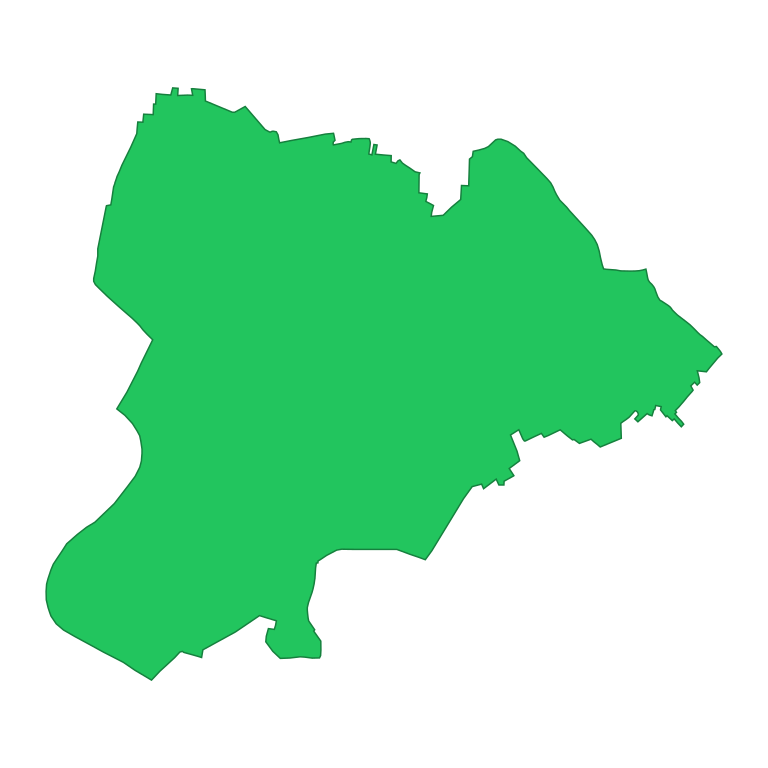 Van Giang, Hưng Yên, Vietnam
{"feature_id": "81297802B33082020704537", "entity_name": "Van Giang", "entity_type": "district", "adm_level": 2, "iso_a3": "VNM", "parent_name": "Vietnam", "parent_adm1": "Hưng Yên", "projection": "natural_earth1", "projection_center": [105.961, 20.93], "detail": "fine", "context": "isolated", "style": "filled", "palette": "green", "viewbox_px": 768, "rotation_deg": 0, "n_neighbors": 0, "source": "geoboundaries", "source_scale": "gbopen_adm2", "svg_char_len": 4794}
<svg xmlns="http://www.w3.org/2000/svg" viewBox="0 0 768 768"><path d="M116.9,408.7L116.8,408.9L124.9,415.3L130.7,421.6L132.5,423.6L137.1,430.9L139.7,435.7L140.8,441.0L142.0,449.0L142.0,453.6L141.8,455.9L141.4,461.0L139.8,467.2L135.2,476.3L127.4,486.7L114.3,503.6L94.9,522.2L86.5,527.3L77.4,534.4L68.4,542.3L66.7,543.8L62.3,550.7L57.6,557.7L53.3,564.2L50.9,570.0L48.0,578.8L46.6,584.1L46.1,591.4L46.3,599.9L48.1,607.6L49.7,612.5L51.0,616.1L56.2,623.8L62.1,628.8L63.5,630.0L74.8,636.5L87.9,643.6L103.6,652.2L113.6,657.3L122.7,662.0L123.3,662.3L135.0,670.3L151.5,680.1L159.9,671.2L174.6,657.7L179.9,652.0L182.5,651.4L183.8,652.4L192.5,654.8L198.8,656.6L201.6,657.5L202.9,649.8L235.5,631.9L259.5,615.6L265.5,617.5L276.4,620.8L275.5,625.6L274.3,629.4L268.4,628.6L266.3,636.2L265.8,641.8L272.8,651.3L280.3,658.4L289.9,658.0L300.1,656.8L304.7,657.1L312.2,658.1L319.5,657.9L320.6,655.6L320.9,650.1L320.8,641.1L313.7,631.1L314.7,629.8L308.7,621.0L308.1,618.0L307.6,613.6L307.3,610.1L307.3,607.6L308.5,602.5L312.0,592.5L313.0,588.9L314.1,583.9L314.7,579.6L314.9,578.7L315.6,567.8L316.3,563.1L317.9,562.9L318.1,560.9L320.2,559.7L326.6,555.4L336.7,550.1L341.7,549.2L354.9,549.4L396.8,549.4L410.0,554.3L418.8,557.3L425.3,559.7L431.8,550.8L447.4,525.2L463.5,498.7L472.2,486.6L481.6,484.1L483.6,488.7L496.2,479.1L498.9,485.0L503.9,485.0L504.1,481.2L513.8,475.8L513.9,475.7L509.2,468.5L519.7,460.7L517.0,451.1L510.5,435.0L518.8,429.7L522.8,438.9L524.4,441.0L525.3,441.0L531.5,438.0L535.5,436.1L541.4,433.4L544.1,437.2L548.1,435.6L560.2,429.8L564.6,433.6L567.7,436.2L572.5,439.9L574.1,439.5L579.4,443.4L591.0,439.2L593.9,441.8L596.7,444.0L600.2,447.0L621.3,438.3L620.8,423.3L622.6,421.9L626.0,419.6L628.9,417.4L629.5,416.8L634.9,410.8L635.8,410.8L637.3,411.8L638.2,413.5L638.2,415.2L634.8,418.9L635.9,419.9L636.8,420.8L637.9,421.8L641.5,418.6L647.1,413.6L648.6,414.6L650.3,415.3L652.0,415.8L653.2,412.0L653.8,409.7L654.8,409.5L655.3,407.3L655.7,405.5L661.2,406.6L660.5,409.9L665.9,416.8L667.0,415.7L672.3,420.6L674.2,418.9L677.7,423.0L681.3,426.8L681.4,426.7L683.7,424.2L681.5,421.3L678.3,418.0L674.9,413.9L676.5,412.4L675.3,410.6L679.1,406.7L681.2,404.2L683.5,401.6L687.1,397.1L690.2,393.6L692.0,391.6L693.1,390.1L690.8,385.9L694.6,382.2L697.2,385.1L699.7,382.6L699.0,377.7L697.3,370.8L706.4,371.8L709.3,368.1L717.7,358.1L721.9,354.0L720.4,351.4L716.4,346.5L714.4,346.8L713.2,345.8L710.1,343.1L706.1,339.7L702.9,336.8L701.9,336.0L699.9,334.6L699.2,333.9L697.7,332.5L695.4,330.1L692.7,327.4L689.9,324.7L684.7,320.6L677.5,315.1L675.0,312.7L673.4,311.1L672.3,310.0L671.5,308.7L670.8,307.8L669.8,306.7L668.1,305.4L666.3,304.2L663.4,302.3L661.6,301.1L660.1,300.4L659.2,299.1L657.9,297.1L655.9,291.9L654.8,288.7L653.7,286.7L651.9,284.4L649.6,282.2L648.2,280.0L647.6,277.7L646.8,273.4L646.3,270.9L645.9,269.1L642.8,270.0L639.3,270.7L635.2,271.0L630.4,271.1L626.2,271.0L620.8,270.9L615.9,270.0L606.3,269.3L603.6,268.9L602.2,264.7L600.5,257.7L599.2,251.1L597.2,244.5L594.7,239.6L591.8,235.3L585.7,228.4L569.6,210.8L566.7,207.2L559.8,200.2L556.5,194.7L554.7,191.1L553.0,187.0L550.6,182.7L546.8,178.4L537.3,168.6L526.6,157.7L523.7,153.3L520.6,151.1L515.3,146.2L507.9,141.6L501.1,139.2L497.8,139.2L495.6,139.9L488.4,146.6L484.7,148.4L479.0,150.0L473.2,151.3L472.4,156.7L469.5,159.1L469.2,170.1L468.7,185.8L461.5,185.5L460.7,199.5L451.5,207.2L443.2,215.3L431.2,216.4L431.7,212.4L433.5,205.5L425.8,201.4L426.8,197.6L427.3,193.9L424.9,193.6L418.9,192.8L419.1,174.6L419.9,172.9L415.1,171.8L410.0,168.2L405.8,165.5L402.4,163.1L399.9,159.9L398.0,160.8L396.0,163.4L391.1,161.9L391.2,155.6L383.6,155.0L375.4,154.2L377.1,145.0L373.9,144.5L371.9,154.9L368.8,154.0L369.9,146.7L370.3,143.0L370.1,141.6L369.6,139.8L369.1,138.7L366.1,138.5L359.3,138.6L355.0,139.0L352.3,139.3L351.5,140.0L351.0,142.0L348.3,141.7L344.9,142.3L341.9,143.3L340.0,143.7L333.4,144.9L333.1,143.6L333.3,142.0L335.0,140.3L334.1,135.9L333.7,134.0L333.5,133.3L325.3,134.1L308.1,137.5L291.3,140.5L279.6,142.8L278.8,139.3L278.0,134.8L276.3,131.8L273.3,131.2L272.1,131.3L270.0,132.2L267.3,130.8L266.2,130.2L265.0,129.5L245.2,106.5L234.6,112.3L232.2,112.2L205.4,101.0L205.3,96.9L205.0,89.8L192.7,88.7L191.5,88.8L192.7,95.3L187.7,95.1L180.1,95.4L177.7,95.5L178.1,88.6L178.1,88.3L172.7,87.9L170.8,95.0L162.4,94.4L156.2,93.7L155.7,104.1L153.6,104.1L153.2,114.6L143.7,114.2L142.9,122.2L137.8,122.0L137.1,129.3L136.8,133.6L130.7,147.3L121.9,165.2L119.3,171.6L117.0,176.6L116.4,178.6L114.9,182.9L114.9,183.4L113.6,186.9L111.8,199.2L110.8,204.9L106.5,205.7L106.2,206.7L97.8,248.8L97.8,256.0L96.5,263.4L95.3,271.1L93.7,278.5L93.7,281.3L95.4,284.6L100.1,289.3L107.0,296.0L118.3,306.2L126.2,313.1L132.1,318.2L137.2,323.1L139.9,325.9L142.9,329.8L147.0,334.2L152.7,339.8L141.2,363.2L137.7,371.1L126.9,392.2L116.9,408.7Z" fill="#22c55e" stroke="#15803d" stroke-width="1.5"/></svg>